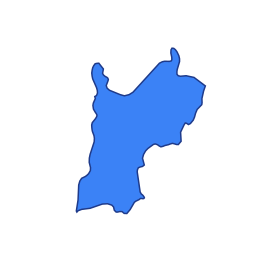 Oran, Equal Earth projection, rotated 148°
{"feature_id": "DZA-2145", "entity_name": "Oran", "entity_type": "Province", "adm_level": 1, "iso_a3": "DZA", "parent_name": "Algeria", "parent_adm1": "", "projection": "equal_earth", "projection_center": [-0.636, 35.601], "detail": "fine", "context": "isolated", "style": "filled", "palette": "blue", "viewbox_px": 256, "rotation_deg": 148, "n_neighbors": 0, "source": "natural_earth", "source_scale": "10m", "svg_char_len": 1919}
<svg xmlns="http://www.w3.org/2000/svg" viewBox="0 0 256 256"><g transform="rotate(148 128 128)"><path d="M40.1,122.7L44.3,119.3L49.7,113.8L51.8,110.2L53.1,108.7L59.5,107.1L62.9,104.7L65.8,102.0L68.5,100.1L72.7,98.7L74.9,98.9L75.8,100.9L76.8,101.9L78.9,100.9L85.6,96.6L90.0,88.6L94.1,87.3L95.5,88.2L96.9,89.8L98.4,91.4L100.8,92.1L102.5,92.4L106.0,93.6L108.0,93.9L110.1,94.6L111.1,96.3L111.9,98.3L113.4,100.1L115.2,100.6L121.9,100.1L125.1,99.3L128.7,97.4L131.7,94.7L133.8,88.0L136.0,87.7L138.4,88.5L140.3,88.8L142.1,87.6L143.4,86.0L151.6,67.3L151.7,64.8L151.3,64.1L151.0,62.7L150.9,61.1L151.1,60.1L152.1,59.8L153.2,60.4L154.1,61.2L154.7,61.6L156.5,61.4L160.2,61.8L162.0,61.6L169.4,57.7L174.3,56.1L176.5,57.6L177.3,60.2L179.2,61.5L181.3,62.2L182.6,63.0L183.2,65.5L182.1,68.7L182.6,71.2L185.5,74.6L190.1,77.1L202.7,80.0L210.3,83.5L214.1,84.3L215.9,83.8L215.8,85.0L208.6,93.3L200.0,105.8L197.0,108.5L194.0,109.9L190.0,109.5L188.2,109.6L185.7,110.1L182.5,111.8L180.8,114.2L179.1,119.4L176.7,123.0L174.0,125.8L164.0,134.2L162.0,137.0L160.9,139.5L160.0,143.9L159.5,145.3L158.5,147.4L157.2,149.8L155.4,151.5L151.0,153.0L148.9,154.0L147.9,154.8L147.4,155.7L147.3,157.0L147.4,158.4L147.3,162.3L145.8,165.7L144.2,167.5L140.1,170.3L139.5,172.3L137.7,172.2L136.8,172.7L135.3,173.9L134.1,176.2L133.3,178.9L131.9,188.4L130.9,191.1L129.6,193.8L127.7,196.1L126.0,197.8L124.1,199.0L121.8,199.9L120.1,199.3L118.4,198.4L117.6,191.1L120.6,187.8L120.7,185.9L120.1,184.0L119.0,182.1L118.7,180.9L119.0,179.5L120.1,178.5L124.0,175.5L124.6,172.8L123.7,169.8L117.0,160.5L114.0,157.2L109.4,155.7L104.8,155.7L67.0,166.3L63.8,166.0L61.6,165.2L57.5,162.5L55.7,162.0L54.6,162.7L53.4,164.8L51.9,168.9L50.1,171.5L48.4,172.4L47.0,171.3L46.3,169.3L46.1,166.6L46.6,162.3L47.6,159.4L49.1,157.0L55.3,151.5L56.8,149.7L58.0,147.6L57.7,145.7L56.1,144.1L51.0,141.5L45.2,135.9L40.3,123.1L40.1,122.7Z" fill="#3b82f6" stroke="#1e3a8a" stroke-width="1.5"/></g></svg>